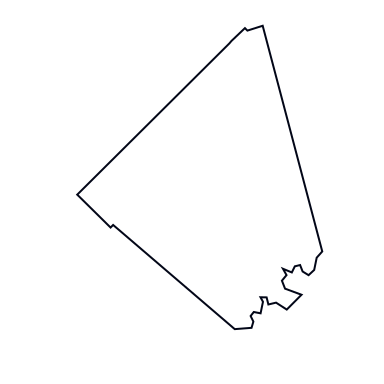 outline of Lampasas, Texas, United States of America, rotated 256°
{"feature_id": "52423323B89118572661224", "entity_name": "Lampasas", "entity_type": "district", "adm_level": 2, "iso_a3": "USA", "parent_name": "United States of America", "parent_adm1": "Texas", "projection": "albers", "projection_center": [-98.387, 31.247], "detail": "fine", "context": "isolated", "style": "outline", "palette": "ink", "viewbox_px": 384, "rotation_deg": 256, "n_neighbors": 0, "source": "geoboundaries", "source_scale": "gbopen_adm2", "svg_char_len": 549}
<svg xmlns="http://www.w3.org/2000/svg" viewBox="0 0 384 384"><g transform="rotate(256 192 192)"><path d="M177.2,104.4L179.1,107.5L48.6,200.3L45.8,216.9L51.4,220.2L57.5,218.9L60.6,222.9L57.7,229.2L68.3,234.3L73.3,233.0L71.7,238.9L64.4,238.9L64.3,246.8L55.0,255.5L65.8,273.4L75.7,258.9L84.2,257.8L88.5,263.6L95.5,261.7L89.8,269.4L95.0,273.8L95.0,279.2L88.1,280.1L83.1,285.0L86.8,291.7L98.1,297.1L102.8,304.0L336.2,300.8L335.2,284.8L338.2,283.0L329.0,266.8L327.2,264.3L217.2,80.0L177.2,104.4Z" fill="none" stroke="#020617" stroke-width="2"/></g></svg>